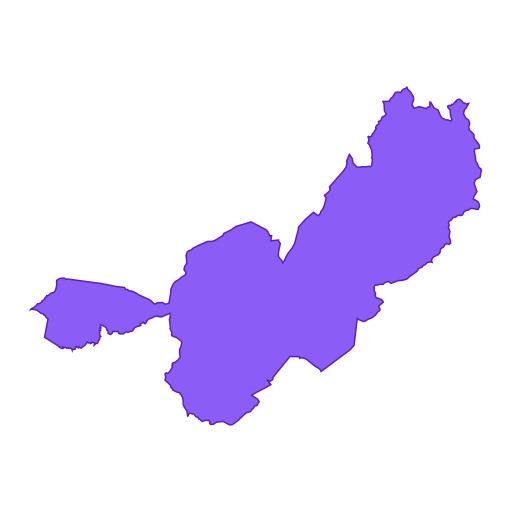 Zoquitlán, Puebla, Mexico (Albers equal-area conic projection)
{"feature_id": "50627088B95071614808340", "entity_name": "Zoquitlán", "entity_type": "district", "adm_level": 2, "iso_a3": "MEX", "parent_name": "Mexico", "parent_adm1": "Puebla", "projection": "albers", "projection_center": [-97.006, 18.385], "detail": "fine", "context": "isolated", "style": "filled", "palette": "violet", "viewbox_px": 512, "rotation_deg": 0, "n_neighbors": 0, "source": "geoboundaries", "source_scale": "gbopen_adm2", "svg_char_len": 6041}
<svg xmlns="http://www.w3.org/2000/svg" viewBox="0 0 512 512"><path d="M432.2,262.4L431.5,260.4L432.6,257.7L433.7,256.8L438.5,254.5L440.0,252.4L440.4,249.7L440.9,248.7L443.4,247.1L445.1,244.3L447.0,243.8L449.0,244.4L450.7,242.9L450.3,239.9L449.0,237.0L449.9,231.6L448.5,227.5L448.5,226.6L449.3,225.3L448.5,223.3L448.8,221.6L451.5,219.7L453.3,217.3L455.6,217.1L458.3,215.1L460.4,215.6L462.7,214.8L463.3,212.8L465.4,210.7L468.6,210.0L470.2,208.7L471.3,208.4L474.6,208.8L476.4,209.4L478.2,209.2L479.5,206.4L479.2,204.1L478.1,201.9L475.5,200.0L473.6,199.5L473.4,198.8L474.0,196.3L476.9,191.7L474.1,183.4L475.6,179.5L480.1,177.2L481.3,170.3L481.0,168.9L478.6,167.2L477.7,164.3L475.7,160.8L475.3,156.1L474.3,151.6L474.4,150.0L475.0,148.9L479.1,148.3L479.5,147.7L479.4,145.8L478.7,144.0L474.6,139.0L473.8,137.2L474.0,135.6L473.6,134.1L469.3,130.0L468.7,126.6L469.5,124.6L469.6,122.9L468.5,120.0L465.5,117.8L463.5,113.5L464.5,109.7L466.0,108.1L468.7,103.5L466.6,104.1L465.3,103.3L463.5,103.1L461.7,100.8L459.4,99.2L457.5,99.7L456.1,100.8L455.3,101.8L455.7,102.0L454.5,102.7L453.0,104.4L451.6,104.4L451.4,105.3L448.8,105.5L447.6,106.3L448.0,107.7L450.1,109.8L450.4,114.7L451.9,119.9L450.7,121.0L447.6,119.8L446.0,120.0L442.0,118.0L440.7,116.2L438.1,110.1L434.1,108.0L430.7,102.2L429.9,102.1L429.8,106.6L429.3,107.0L427.9,106.9L426.5,108.6L419.1,106.6L414.2,108.3L412.8,105.9L411.8,105.0L413.7,99.8L413.3,96.7L410.6,92.1L407.7,89.2L406.9,87.2L405.6,88.4L403.2,89.3L402.0,90.5L400.9,92.6L397.9,92.0L395.6,92.4L393.3,95.5L393.3,96.4L390.4,98.9L389.5,101.2L382.9,101.5L384.1,104.0L384.4,110.6L386.0,113.8L385.8,114.8L383.7,116.4L382.9,116.5L381.8,117.7L380.9,120.5L378.5,121.5L378.8,123.1L378.0,124.7L376.8,125.2L375.9,126.7L375.6,128.0L376.1,128.6L373.6,132.9L372.3,133.8L371.8,136.1L370.0,136.9L368.5,136.4L368.0,136.9L369.0,139.8L367.9,143.2L369.4,144.7L371.5,149.9L372.0,153.0L372.1,156.8L371.6,157.8L372.3,158.6L372.3,160.2L371.7,165.6L371.4,166.1L370.6,166.6L368.7,166.3L365.4,166.9L362.0,166.6L360.3,167.2L356.9,167.1L352.8,162.7L352.4,158.8L349.4,154.4L346.6,161.1L346.9,163.5L346.2,166.9L343.6,170.8L329.5,186.8L330.1,190.4L326.2,194.1L324.8,194.9L324.5,195.7L326.1,197.8L326.0,199.2L324.1,206.0L322.7,209.2L320.8,211.7L320.4,213.2L318.5,215.6L317.5,215.3L313.4,212.3L305.9,218.9L298.5,227.1L298.3,229.6L294.6,243.6L292.1,248.1L288.1,253.3L285.7,257.5L284.6,260.3L282.7,262.8L281.7,260.4L279.6,258.2L278.4,256.2L278.5,252.2L280.3,243.4L278.8,241.7L278.6,240.0L270.8,240.8L271.6,235.6L269.7,235.9L268.2,232.1L265.9,229.6L251.0,221.9L235.7,226.6L230.7,230.1L223.6,233.6L223.0,235.5L214.9,240.4L211.9,241.4L207.7,241.4L197.4,245.9L192.7,248.4L191.3,250.0L189.4,250.5L187.4,251.7L186.1,255.1L186.8,263.1L184.5,266.9L184.0,269.7L185.8,272.2L185.5,274.8L181.2,277.3L179.3,279.3L175.4,281.5L173.5,283.6L170.8,289.4L170.5,294.4L168.9,303.3L165.2,304.2L162.4,302.5L157.1,302.8L154.9,304.1L154.0,303.7L151.1,300.8L148.7,299.4L139.5,295.2L134.8,292.4L131.2,290.9L130.0,291.3L127.2,289.4L125.5,289.4L124.5,287.5L116.0,286.5L101.8,283.6L67.4,279.0L66.4,279.4L64.7,278.3L62.6,278.0L59.6,278.6L56.7,280.3L56.5,281.7L56.8,284.3L56.1,288.2L55.4,290.4L53.8,292.6L51.5,292.9L48.3,295.5L46.7,295.7L46.8,296.3L45.0,297.7L45.1,298.2L43.6,300.0L42.0,300.9L41.8,302.0L38.7,303.9L37.5,303.8L36.4,305.4L34.0,307.4L31.2,308.8L30.7,309.6L32.0,309.1L37.0,310.1L41.3,313.5L43.3,313.7L44.1,315.3L45.2,315.5L46.0,317.3L48.0,318.9L44.6,337.3L59.2,346.5L59.8,348.0L59.8,347.3L61.8,348.5L63.3,348.2L62.9,347.0L63.7,347.5L65.8,347.5L66.8,348.2L67.0,347.8L68.8,348.3L69.0,348.0L71.6,348.5L72.2,350.1L72.3,349.5L75.0,349.3L76.1,346.6L78.5,347.8L79.0,346.7L79.5,347.5L81.1,348.1L85.2,345.0L87.1,342.1L88.2,343.0L90.1,342.8L90.5,343.5L91.6,343.2L92.0,342.1L94.5,342.8L94.2,345.2L96.1,343.4L97.3,343.4L98.1,342.3L98.3,340.4L99.0,340.2L99.8,338.8L99.4,337.5L100.7,336.5L100.1,336.1L99.5,332.7L99.9,332.1L99.4,330.7L100.7,330.2L100.0,328.0L100.8,328.1L100.8,325.8L100.4,324.8L101.9,325.1L105.4,327.1L106.8,328.7L106.8,329.9L108.2,331.4L108.1,333.5L110.6,334.5L112.0,333.4L112.8,331.6L117.9,331.4L118.8,333.3L119.6,333.9L123.5,333.8L125.9,331.8L127.8,332.2L132.5,330.9L135.1,327.2L140.8,325.5L140.2,324.0L143.5,322.3L144.5,323.6L145.5,323.6L147.4,320.2L149.3,318.8L152.5,317.7L154.5,316.4L157.7,316.0L159.0,316.8L161.5,316.9L169.9,313.3L170.4,316.2L169.4,319.2L170.4,327.7L170.0,328.4L171.9,332.8L171.5,334.7L172.1,335.9L176.8,337.7L181.4,341.2L181.7,342.9L180.9,346.9L179.7,349.4L179.5,352.6L180.2,357.0L178.2,359.8L174.6,362.6L173.4,362.6L172.3,363.5L172.6,364.5L172.0,365.2L172.3,367.3L169.5,371.8L168.0,373.2L166.2,372.9L165.0,374.0L165.7,377.2L165.0,380.1L170.3,385.1L171.0,387.5L171.9,388.0L171.9,388.7L172.9,389.2L173.0,390.2L177.5,392.3L179.8,392.8L180.2,394.0L181.3,394.8L181.5,395.8L182.3,396.7L183.1,400.1L183.2,404.2L184.2,406.9L186.9,410.9L187.6,416.0L188.2,415.7L189.0,413.7L190.0,413.2L194.1,414.2L195.8,416.6L198.1,417.6L198.8,419.0L199.8,419.3L201.6,421.1L202.3,421.4L205.5,420.3L208.8,420.4L209.7,421.7L209.6,423.4L210.8,424.5L213.7,424.1L216.2,422.3L223.0,421.4L229.4,424.8L231.5,424.8L233.0,424.2L237.8,420.7L245.7,413.1L250.5,411.5L252.1,409.2L253.4,408.4L254.7,405.8L256.2,405.8L257.4,405.0L257.9,403.4L259.2,401.9L259.0,401.2L257.2,398.9L251.4,395.1L270.9,384.7L267.1,379.8L269.6,381.4L272.6,379.8L273.1,377.2L289.9,356.5L299.4,356.7L299.6,358.2L300.7,357.8L303.7,358.1L306.4,359.2L314.6,365.9L319.1,368.6L320.5,370.1L321.1,371.5L350.3,349.6L354.1,345.1L357.2,318.5L358.5,319.5L363.1,321.4L365.1,321.2L367.8,319.4L372.1,317.7L375.3,315.2L377.7,312.0L379.8,310.5L380.0,309.0L379.0,307.7L378.8,306.5L379.3,305.5L383.2,302.2L382.9,301.1L381.2,299.4L376.7,297.8L375.6,296.9L375.2,294.8L375.6,293.2L374.3,291.1L374.2,289.8L374.2,286.7L374.6,285.8L375.9,284.8L377.5,285.2L378.1,284.7L380.0,284.3L383.0,284.4L384.4,283.0L387.1,281.7L388.5,281.5L391.1,283.3L398.0,280.7L402.0,280.4L406.6,279.2L410.0,276.2L416.6,271.6L417.6,270.5L418.3,268.8L422.0,267.1L423.2,265.5L425.4,264.6L426.5,263.0L430.0,261.8L432.2,262.4Z" fill="#8b5cf6" stroke="#5b21b6" stroke-width="1.5"/></svg>